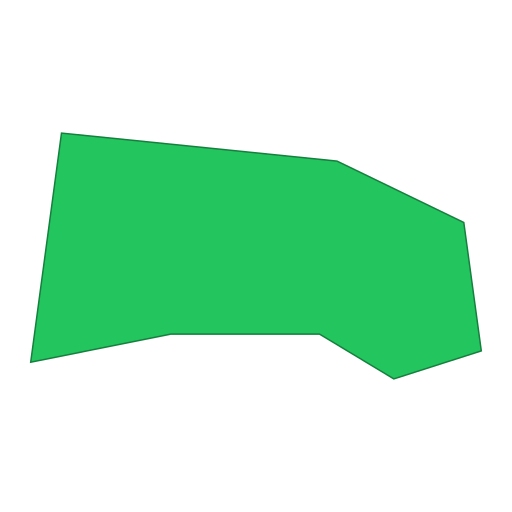 the border of Jersey
{"feature_id": "JEY", "entity_name": "Jersey", "entity_type": "country or territory", "adm_level": 0, "iso_a3": "JEY", "parent_name": "Europe", "parent_adm1": "", "projection": "equal_earth", "projection_center": [-2.1, 49.218], "detail": "fine", "context": "isolated", "style": "filled", "palette": "green", "viewbox_px": 512, "rotation_deg": 0, "n_neighbors": 0, "source": "natural_earth", "source_scale": "50m", "svg_char_len": 238}
<svg xmlns="http://www.w3.org/2000/svg" viewBox="0 0 512 512"><path d="M463.8,222.5L481.3,350.9L393.8,378.9L319.5,334.1L170.7,334.1L30.7,362.2L61.5,133.1L337.0,161.1L463.8,222.5Z" fill="#22c55e" stroke="#15803d" stroke-width="1.5"/></svg>